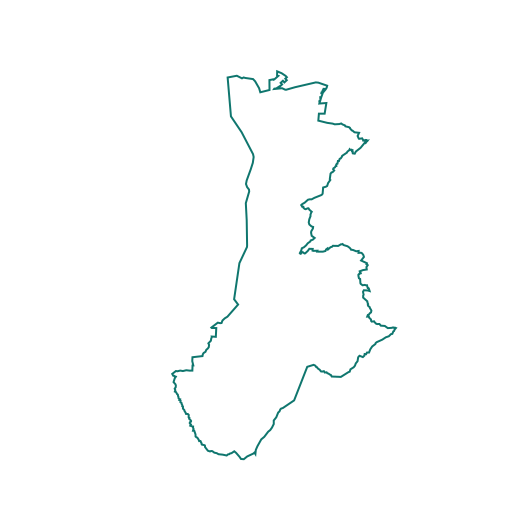 outline of Ramnicu Valcea, Vâlcea, Romania, rotated 137°
{"feature_id": "2599482B78042684823285", "entity_name": "Ramnicu Valcea", "entity_type": "district", "adm_level": 2, "iso_a3": "ROU", "parent_name": "Romania", "parent_adm1": "Vâlcea", "projection": "equal_earth", "projection_center": [24.36, 45.075], "detail": "fine", "context": "isolated", "style": "outline", "palette": "teal", "viewbox_px": 512, "rotation_deg": 137, "n_neighbors": 0, "source": "geoboundaries", "source_scale": "gbopen_adm2", "svg_char_len": 6104}
<svg xmlns="http://www.w3.org/2000/svg" viewBox="0 0 512 512"><g transform="rotate(137 256 256)"><path d="M371.5,225.3L374.3,222.6L376.5,218.7L377.1,219.2L380.7,215.6L382.6,217.3L384.9,220.0L387.9,221.7L389.6,223.9L392.1,225.3L393.0,226.5L397.7,226.9L398.2,224.9L397.6,224.2L397.7,223.0L397.0,222.7L396.9,222.4L398.8,222.0L402.3,220.0L402.4,217.1L402.9,216.0L404.2,214.8L406.0,214.4L406.5,212.9L407.8,212.2L407.3,211.0L407.9,208.8L407.7,208.0L408.6,206.6L408.7,206.0L409.6,204.9L409.6,203.7L409.3,203.1L410.3,202.9L409.8,201.7L411.0,200.6L410.7,199.2L411.4,198.3L411.7,196.9L412.4,196.4L412.2,195.6L413.5,194.2L413.5,192.2L414.1,191.1L414.3,189.5L414.9,188.3L413.6,186.9L413.6,185.6L415.2,184.1L415.1,183.0L415.9,182.6L415.8,180.5L416.0,179.6L416.5,179.2L417.7,179.5L418.2,179.2L418.6,178.7L418.5,177.1L419.8,176.7L418.9,174.9L418.3,174.2L419.2,173.3L419.5,172.3L421.2,171.2L420.3,170.4L421.9,166.8L423.3,165.2L423.2,164.0L422.8,163.2L423.2,160.8L423.8,159.4L422.9,158.7L422.8,158.2L423.4,157.1L423.5,156.1L424.1,155.5L424.2,154.9L422.9,153.1L422.6,152.3L423.6,150.9L424.0,146.4L422.9,144.4L421.8,144.0L421.0,143.0L420.6,140.6L419.2,138.6L418.6,136.6L415.9,133.5L413.5,130.1L411.7,130.0L410.7,129.3L409.7,129.3L408.4,128.5L405.1,128.0L404.8,125.6L405.0,120.3L405.4,117.8L403.5,115.7L399.1,115.4L392.6,113.3L391.2,113.3L391.5,111.6L388.4,114.3L384.7,115.9L377.2,118.3L373.3,118.1L366.9,119.2L364.3,119.0L361.4,119.6L357.6,121.0L355.2,123.6L351.2,124.2L346.5,126.4L344.9,126.3L342.9,127.2L341.8,127.3L340.0,126.5L326.6,124.4L294.1,140.0L288.1,137.1L287.4,135.3L287.7,133.7L287.2,132.9L287.5,131.7L287.0,129.4L287.2,127.3L286.4,126.3L284.9,125.5L285.2,123.9L283.7,122.8L283.8,121.6L283.2,120.6L282.8,118.7L282.4,118.0L282.8,116.2L276.4,109.7L267.5,108.0L266.4,107.5L264.2,108.7L260.4,108.0L258.4,108.3L256.3,109.4L253.5,109.8L250.4,112.2L249.3,112.4L248.3,112.4L246.8,109.2L244.7,109.2L243.4,110.2L242.5,109.1L240.7,109.7L239.2,108.3L236.1,109.8L232.7,110.6L228.8,110.2L227.9,110.7L226.6,110.7L220.7,108.7L216.5,108.0L213.6,106.7L210.6,106.8L209.4,106.1L207.0,107.2L206.2,107.0L204.7,107.7L202.8,107.9L203.2,108.8L204.5,109.9L204.5,110.3L205.9,111.0L208.8,113.4L209.5,117.0L212.2,119.9L212.1,122.1L213.7,123.5L214.3,124.4L214.4,126.8L214.2,127.7L216.1,129.1L216.1,129.9L215.2,131.2L215.3,133.8L214.8,134.7L216.0,135.8L214.4,136.6L213.3,136.2L211.7,136.5L210.4,136.3L208.9,137.3L208.5,138.5L208.3,139.9L207.7,141.2L208.0,142.8L207.8,143.4L207.5,144.1L206.8,144.3L206.3,145.8L205.5,147.0L206.0,152.5L204.7,153.9L203.7,154.3L202.2,156.8L200.5,157.4L197.7,154.5L196.8,152.9L195.6,155.4L195.7,156.1L196.1,156.4L194.8,158.9L195.3,159.2L196.2,160.7L198.0,161.9L198.4,164.2L198.2,164.9L195.5,168.2L195.9,169.5L194.6,171.7L193.8,172.5L193.0,172.3L192.6,172.6L191.2,171.9L190.7,172.9L190.9,173.5L190.6,174.1L187.3,172.7L184.2,170.6L182.8,172.6L180.5,173.1L180.4,173.8L180.8,174.6L179.8,175.1L182.2,181.0L177.7,181.7L176.8,183.6L176.6,185.7L177.0,186.8L178.9,188.4L177.5,189.7L179.5,191.1L180.9,194.2L182.2,195.8L182.0,196.3L181.9,198.1L182.4,200.7L184.5,204.3L184.5,205.7L185.2,205.9L185.8,206.6L189.0,207.3L192.8,211.0L194.0,210.9L195.5,211.6L200.0,211.7L198.6,212.3L198.4,212.8L200.3,213.0L201.8,212.3L204.2,213.6L208.3,217.5L207.5,218.0L210.5,220.6L211.0,221.4L209.7,222.5L212.1,224.9L214.6,224.4L218.2,224.4L218.8,224.8L219.2,227.0L220.8,227.3L221.8,227.1L222.0,227.4L222.0,228.2L219.1,229.2L217.2,230.4L215.0,229.7L212.1,229.6L209.5,230.0L206.4,229.6L205.4,230.1L203.4,229.2L200.8,229.2L201.5,232.8L199.9,235.4L198.7,236.4L195.6,237.3L194.4,238.3L195.2,239.7L195.5,242.7L194.5,244.6L192.0,246.5L188.9,248.0L188.1,249.0L185.9,250.2L185.1,250.3L185.4,253.4L185.1,255.1L185.8,255.7L187.7,256.3L188.3,257.3L188.4,258.9L187.8,259.7L188.0,260.2L188.6,260.5L188.2,262.4L186.6,262.4L184.1,261.8L179.6,261.7L177.9,260.7L176.7,259.5L173.6,258.7L166.9,256.1L165.6,255.9L164.7,256.2L160.2,260.3L157.6,259.0L156.2,258.7L153.5,260.2L149.9,260.9L150.0,261.4L149.6,261.9L145.3,265.4L143.7,265.6L142.9,265.1L140.5,265.2L140.4,266.9L139.6,267.3L137.8,267.0L136.7,267.4L135.9,267.0L135.4,267.9L134.8,267.9L134.1,268.4L133.4,268.0L131.3,269.6L130.6,268.9L128.5,270.0L127.4,269.6L125.2,270.1L124.7,270.5L119.0,269.6L118.0,270.0L115.7,269.8L114.7,270.2L114.7,269.3L113.6,268.6L113.3,267.7L114.1,267.7L114.4,267.2L114.2,266.2L115.0,265.6L115.2,265.0L114.0,263.5L111.8,264.3L105.8,263.8L98.9,264.7L98.6,264.5L98.7,263.9L98.3,263.9L97.9,264.1L97.7,264.8L96.5,264.1L96.0,264.2L96.6,264.5L96.8,265.1L96.2,265.6L97.0,266.4L98.0,266.5L98.9,267.3L98.3,268.3L98.4,269.3L98.2,269.7L100.7,271.4L100.6,272.3L99.8,274.5L96.6,275.8L99.6,279.3L99.9,281.9L100.3,282.5L100.2,285.4L99.9,285.7L100.1,286.7L102.2,289.9L101.9,290.9L103.0,293.2L103.3,294.8L105.1,295.7L108.6,298.6L109.7,300.6L113.1,304.8L118.1,312.5L112.9,317.2L108.7,313.3L100.2,319.9L105.7,324.3L103.6,325.5L104.1,325.9L103.7,326.2L103.1,325.8L100.7,327.2L101.3,327.6L100.7,328.3L100.0,327.6L95.8,329.8L97.0,330.6L96.6,330.9L95.2,329.9L93.5,330.1L94.9,331.3L94.5,331.5L93.0,330.2L92.1,330.4L93.6,331.8L92.6,332.2L91.0,330.5L89.5,330.9L87.8,332.0L92.2,340.3L93.9,342.2L112.3,352.8L120.7,357.1L121.3,357.9L122.5,360.9L128.9,365.8L128.5,365.9L125.7,363.8L125.6,364.5L122.9,364.0L122.9,363.7L119.9,363.7L119.9,365.8L116.8,365.8L116.9,363.6L113.6,363.6L113.6,365.7L111.5,365.7L111.5,367.5L112.6,372.2L114.6,376.6L117.5,373.6L116.9,372.5L122.8,372.7L122.4,372.9L122.7,373.3L123.1,373.1L123.6,373.9L126.2,375.5L132.9,368.2L141.2,372.8L139.3,376.6L137.5,384.3L137.5,387.4L142.4,393.5L143.3,395.0L145.1,395.5L147.1,400.9L155.0,405.9L179.1,375.2L182.1,356.3L188.7,332.5L190.2,330.0L194.8,326.3L200.7,323.0L211.3,317.6L214.2,315.5L215.5,312.5L215.8,309.4L217.0,307.8L227.4,301.6L238.4,288.5L255.3,269.8L256.5,268.7L273.0,262.1L301.5,239.3L302.2,232.7L318.3,231.1L321.3,231.7L324.5,231.7L326.9,230.5L328.0,231.3L329.4,233.3L337.5,234.1L337.5,233.6L334.2,230.4L340.5,224.3L343.3,227.3L343.6,226.8L345.0,226.2L346.8,224.8L350.4,224.6L350.9,223.0L352.8,221.5L354.5,221.2L356.3,221.3L358.3,220.4L360.4,220.8L361.9,220.4L363.4,219.3L371.5,225.3Z" fill="none" stroke="#0f766e" stroke-width="2"/></g></svg>